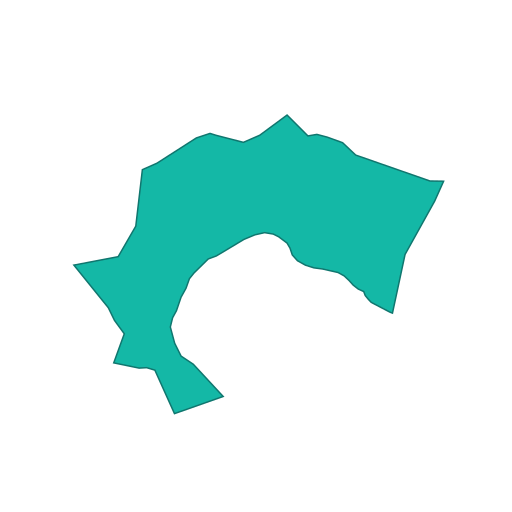 outline of Videm, rotated 308°
{"feature_id": "SVN-222", "entity_name": "Videm", "entity_type": "Municipality", "adm_level": 1, "iso_a3": "SVN", "parent_name": "Slovenia", "parent_adm1": "", "projection": "natural_earth1", "projection_center": [15.9, 46.335], "detail": "fine", "context": "isolated", "style": "filled", "palette": "teal", "viewbox_px": 512, "rotation_deg": 308, "n_neighbors": 0, "source": "natural_earth", "source_scale": "10m", "svg_char_len": 972}
<svg xmlns="http://www.w3.org/2000/svg" viewBox="0 0 512 512"><g transform="rotate(308 256 256)"><path d="M430.4,357.8L409.3,363.0L349.0,372.5L295.0,398.7L294.7,397.8L294.1,395.6L290.4,375.4L291.0,371.3L292.1,366.4L294.3,362.8L292.9,356.9L292.9,350.5L294.0,344.3L294.6,337.7L293.5,330.8L286.7,316.4L282.3,308.9L279.2,300.6L277.8,291.6L279.2,283.9L283.1,278.0L285.3,272.5L285.1,262.0L283.9,256.1L279.7,248.4L272.0,242.1L261.7,236.3L231.6,224.7L224.3,220.2L204.4,217.6L197.1,217.5L187.5,220.7L177.4,222.3L163.9,227.0L156.0,228.3L147.3,232.2L137.2,245.6L131.0,258.6L132.1,273.2L125.1,316.6L81.6,288.8L103.8,246.6L100.7,238.6L95.7,232.9L84.2,209.7L113.6,200.1L118.1,184.2L124.3,171.5L136.7,118.1L170.6,147.8L205.5,142.9L254.1,113.3L268.1,120.8L312.3,136.3L324.3,144.3L326.6,150.4L337.8,176.1L353.5,184.6L386.2,193.7L382.6,223.0L389.3,229.1L393.5,238.9L398.6,254.5L396.9,272.4L422.2,346.9L430.0,357.2L430.4,357.8Z" fill="#14b8a6" stroke="#0f766e" stroke-width="1.5"/></g></svg>